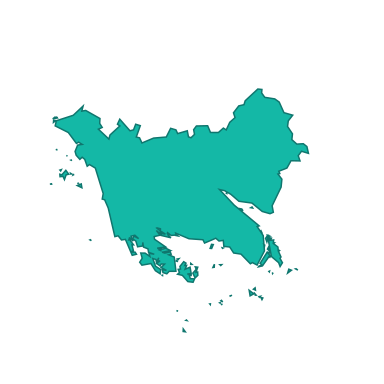 Livingstone, Queensland, Australia (Albers equal-area conic projection), rotated 154°
{"feature_id": "25037944B91391383703186", "entity_name": "Livingstone", "entity_type": "district", "adm_level": 2, "iso_a3": "AUS", "parent_name": "Australia", "parent_adm1": "Queensland", "projection": "albers", "projection_center": [150.606, -22.725], "detail": "fine", "context": "isolated", "style": "filled", "palette": "teal", "viewbox_px": 384, "rotation_deg": 154, "n_neighbors": 0, "source": "geoboundaries", "source_scale": "gbopen_adm2", "svg_char_len": 6113}
<svg xmlns="http://www.w3.org/2000/svg" viewBox="0 0 384 384"><g transform="rotate(154 192 192)"><path d="M112.2,248.9L120.0,245.0L120.7,240.0L127.5,238.1L134.0,232.8L135.8,235.7L142.2,233.9L149.3,237.4L148.9,244.7L159.1,249.4L163.2,247.3L164.5,242.7L169.1,241.2L171.0,243.1L169.4,249.1L179.3,250.8L179.2,254.9L183.3,258.6L191.0,252.7L202.9,257.3L215.5,258.0L215.4,263.7L218.0,265.8L209.4,274.3L212.9,277.6L217.3,273.5L220.9,274.2L225.0,289.1L229.3,285.6L227.9,283.0L240.7,279.2L243.5,276.0L248.6,289.5L244.4,289.4L244.9,294.1L242.5,298.4L251.8,311.9L255.6,313.0L252.2,317.0L265.1,313.0L282.7,315.5L286.0,311.4L277.1,299.7L274.6,286.3L272.1,286.5L269.8,282.9L274.2,284.3L279.3,279.7L280.0,275.8L278.5,270.5L275.5,271.4L274.1,268.4L274.9,261.1L272.1,261.6L268.4,255.9L272.5,229.5L275.8,225.0L273.9,223.3L274.3,214.4L280.9,185.7L277.6,185.0L276.4,179.8L272.6,178.6L273.5,161.3L269.2,160.4L269.5,162.9L272.1,164.1L272.1,165.0L270.4,164.9L269.1,170.8L267.7,170.1L268.8,175.9L266.8,176.2L268.4,177.8L268.9,176.5L269.8,176.7L268.3,178.1L266.5,176.2L266.1,179.0L262.3,178.2L260.4,173.5L263.4,177.7L265.9,176.1L264.0,172.5L264.9,166.6L260.1,165.1L258.3,168.3L259.7,163.7L256.5,160.2L257.5,156.8L253.2,152.6L257.5,155.8L258.1,152.5L260.9,157.6L264.8,159.6L265.8,154.3L269.8,151.8L269.1,148.2L260.3,145.7L259.4,137.3L256.5,132.5L254.1,136.0L257.3,141.3L256.4,149.4L254.0,147.1L254.8,144.4L250.7,147.5L253.5,144.7L250.8,144.2L255.1,143.2L253.1,139.5L251.2,140.8L248.3,139.2L252.9,137.7L249.3,132.7L252.6,135.2L253.4,132.3L250.5,129.5L247.3,130.7L241.2,127.8L236.5,141.3L240.4,145.7L238.0,145.2L237.8,147.7L243.2,149.0L245.3,151.0L237.0,148.8L240.3,153.1L243.3,153.5L244.8,154.4L245.7,152.9L247.0,154.5L244.9,154.7L247.9,156.8L239.8,154.2L246.4,166.0L245.5,168.5L239.7,167.2L240.9,173.0L239.1,168.7L237.6,170.9L239.5,175.1L239.2,175.1L236.5,172.8L238.6,168.3L236.6,169.5L234.3,165.7L237.7,168.1L238.7,166.4L231.0,160.1L232.4,163.5L232.2,165.8L231.8,166.2L229.8,162.1L225.0,160.3L224.7,162.2L215.2,151.3L203.1,144.3L203.1,140.6L190.9,140.0L189.2,136.1L185.1,134.8L187.2,129.2L182.2,126.0L181.3,118.9L175.2,114.7L171.0,101.9L168.7,102.1L165.5,97.8L152.7,107.3L147.1,121.6L148.6,132.4L146.5,132.1L159.8,161.6L166.2,182.2L162.1,178.9L158.1,172.9L153.9,163.1L143.0,155.8L137.4,143.7L131.4,138.3L127.8,138.1L126.0,144.5L109.8,157.3L105.6,164.1L106.9,170.5L105.0,170.1L104.9,172.6L96.2,171.9L89.3,176.7L81.3,172.6L80.6,178.1L75.7,180.6L70.4,175.7L68.8,182.5L70.8,186.6L76.8,189.1L79.3,195.3L76.2,200.2L77.4,209.0L74.3,213.7L67.8,216.9L74.6,223.0L74.2,234.6L76.8,239.4L85.1,245.2L86.0,250.5L84.2,253.5L87.7,255.7L104.2,250.7L107.0,247.7L112.2,248.9ZM138.9,104.9L141.5,110.2L139.6,113.1L144.6,114.8L148.9,99.2L145.1,90.5L145.5,86.4L141.7,88.8L142.0,93.8L140.5,94.6L140.3,101.2L138.9,104.9ZM228.5,119.0L226.7,125.3L232.1,125.6L229.0,128.4L230.7,129.1L228.6,130.7L230.0,133.0L235.5,130.4L236.1,127.8L238.3,128.5L238.6,125.1L241.0,124.4L237.2,121.3L235.0,113.3L230.6,110.4L227.8,112.8L231.5,114.9L231.0,118.1L229.4,117.3L229.0,118.1L232.2,120.4L228.5,119.0ZM161.1,94.7L149.8,100.9L150.8,105.0L162.1,98.0L161.0,95.4L164.1,96.1L165.0,95.6L161.1,94.7ZM295.9,266.8L301.4,264.5L303.0,265.9L303.9,263.6L301.1,262.6L301.2,259.1L297.6,262.6L295.0,262.0L295.9,266.8ZM219.8,121.9L221.9,123.3L222.1,120.7L226.8,118.7L226.9,113.4L223.3,114.5L222.0,117.6L223.7,118.0L219.8,121.9ZM183.7,78.6L185.3,73.2L181.1,73.4L183.7,78.6ZM288.0,247.8L292.3,248.1L289.1,244.1L288.0,247.8ZM146.6,114.3L144.3,116.9L144.4,119.1L146.2,118.1L146.6,114.3ZM136.9,78.1L138.8,80.2L141.6,77.2L136.9,78.1ZM140.8,115.7L143.5,117.7L141.7,115.0L140.8,115.7ZM282.3,319.4L285.1,318.8L281.1,317.7L282.3,319.4ZM205.0,114.6L203.5,117.3L206.3,115.0L205.0,114.6ZM147.3,109.0L149.2,107.6L148.4,105.6L147.3,109.0ZM259.3,69.3L259.9,72.7L261.1,70.5L259.3,69.3ZM283.1,315.9L285.0,317.0L286.0,315.3L283.1,315.9ZM195.9,135.4L197.4,136.4L200.4,133.4L199.1,132.6L195.9,135.4ZM178.0,76.0L177.3,78.2L179.4,77.7L178.0,76.0ZM141.4,118.2L142.5,119.6L143.9,118.8L141.4,118.2ZM174.8,65.7L176.3,67.1L176.3,64.6L174.8,65.7ZM144.6,152.2L146.0,152.1L144.5,151.0L144.6,152.2ZM179.6,71.2L180.5,74.7L179.8,71.8L180.9,71.8L179.6,71.2ZM212.6,79.7L213.0,81.7L213.7,81.6L212.6,79.7ZM154.4,152.7L154.7,154.9L155.5,155.5L154.4,152.7ZM316.2,261.4L314.8,260.6L314.7,261.0L316.2,261.4ZM131.1,75.4L132.1,77.4L132.6,77.5L131.1,75.4ZM142.9,115.4L144.0,116.5L144.7,115.3L142.9,115.4ZM231.3,164.4L232.2,164.6L231.7,163.1L231.3,164.4ZM280.1,317.5L280.9,318.7L281.0,318.7L280.1,317.5ZM198.8,114.4L198.4,113.3L197.2,113.7L198.8,114.4ZM235.2,135.6L236.0,137.2L236.3,136.8L235.2,135.6ZM257.3,91.7L257.9,92.2L257.0,90.9L257.3,91.7ZM299.6,269.4L301.1,269.6L300.8,268.5L299.6,269.4ZM149.0,102.6L149.0,104.0L149.7,104.3L149.0,102.6ZM201.3,81.7L203.3,81.9L203.3,81.7L201.3,81.7ZM224.4,128.4L224.9,127.5L223.8,127.0L224.4,128.4ZM161.3,175.7L162.2,176.2L161.4,175.4L161.3,175.7ZM293.0,262.1L293.2,261.4L292.3,261.0L293.0,262.1ZM254.9,130.2L255.8,130.6L255.1,129.8L254.9,130.2ZM149.9,112.4L150.4,113.1L150.5,111.6L149.9,112.4ZM150.1,99.5L150.8,99.8L150.6,99.2L150.1,99.5ZM188.6,128.0L189.3,128.6L189.3,128.0L188.6,128.0ZM253.7,79.3L252.9,78.7L253.1,79.4L253.7,79.3ZM147.0,125.8L147.0,126.8L147.5,126.5L147.0,125.8ZM176.5,68.3L177.7,68.6L177.6,67.9L176.5,68.3ZM224.5,83.4L225.1,83.6L224.9,82.8L224.5,83.4ZM288.1,278.9L289.0,279.9L288.1,278.9ZM140.3,110.3L141.0,110.9L141.2,110.3L140.3,110.3ZM214.7,77.8L213.9,77.8L215.2,78.4L214.7,77.8ZM215.0,79.3L215.2,80.3L215.7,80.3L215.0,79.3ZM295.0,289.5L295.9,289.6L295.0,289.3L295.0,289.5ZM303.8,192.4L304.3,193.7L304.7,193.7L303.8,192.4ZM234.5,138.2L234.2,137.3L233.0,137.8L234.5,138.2ZM142.7,119.9L143.3,120.3L143.4,119.6L142.7,119.9ZM157.0,86.9L157.7,86.9L157.5,86.3L157.0,86.9ZM139.2,101.3L140.0,100.8L139.0,101.0L139.2,101.3ZM290.9,259.7L291.3,259.4L290.3,259.4L290.9,259.7ZM266.9,174.8L266.3,173.6L266.7,175.2L266.9,174.8ZM290.5,249.7L290.8,250.2L290.6,250.0L291.2,249.7L290.5,249.7ZM286.8,273.7L286.6,273.4L285.9,273.6L286.8,273.7ZM154.5,83.8L155.2,83.8L155.3,83.4L154.5,83.8ZM223.9,158.7L224.2,159.4L224.8,159.4L223.9,158.7Z" fill="#14b8a6" stroke="#0f766e" stroke-width="1.5"/></g></svg>